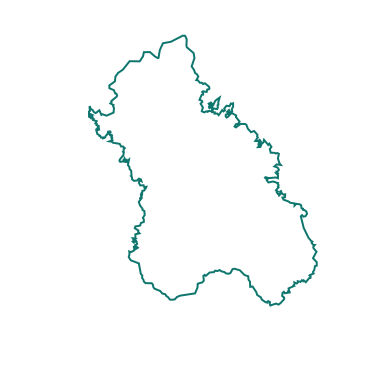 outline of Tarlisua, Bistrita-Nasaud, Romania, rotated 323°
{"feature_id": "2599482B42096102689749", "entity_name": "Tarlisua", "entity_type": "district", "adm_level": 2, "iso_a3": "ROU", "parent_name": "Romania", "parent_adm1": "Bistrita-Nasaud", "projection": "albers", "projection_center": [24.155, 47.418], "detail": "fine", "context": "isolated", "style": "outline", "palette": "teal", "viewbox_px": 384, "rotation_deg": 323, "n_neighbors": 0, "source": "geoboundaries", "source_scale": "gbopen_adm2", "svg_char_len": 6042}
<svg xmlns="http://www.w3.org/2000/svg" viewBox="0 0 384 384"><g transform="rotate(323 192 192)"><path d="M240.1,330.3L240.4,328.7L242.8,327.8L245.6,325.2L247.3,325.9L249.4,323.0L248.8,317.7L255.5,314.6L255.2,310.2L255.7,308.9L258.1,308.2L257.0,307.4L256.9,304.6L258.3,304.1L257.7,302.8L257.5,298.6L259.6,287.9L264.3,276.9L266.0,276.7L266.2,278.8L268.1,279.6L270.8,278.6L271.6,276.3L270.8,273.9L270.0,273.1L270.6,272.2L269.7,271.0L271.2,268.1L270.4,266.4L268.3,264.3L265.7,264.6L267.1,262.9L263.9,259.6L263.4,257.7L260.5,253.2L260.9,250.9L263.1,252.1L265.0,249.9L263.5,249.2L263.0,247.1L263.6,244.8L262.5,244.8L261.8,246.8L259.5,247.2L260.1,245.4L259.4,245.1L259.6,243.1L260.7,243.1L260.1,241.2L264.0,240.3L263.8,239.4L265.3,238.6L265.4,236.8L266.0,236.6L263.1,232.4L258.8,230.4L258.7,227.9L260.1,227.2L259.3,226.5L258.9,224.5L259.6,224.4L261.9,227.3L267.8,230.9L268.9,232.7L270.8,230.4L270.5,227.6L271.8,228.5L271.9,226.7L272.7,227.2L274.8,226.5L275.1,224.1L273.2,221.2L276.2,220.9L279.2,223.8L279.1,221.7L280.8,216.9L284.3,213.9L283.6,212.2L282.1,211.7L281.5,210.4L278.5,208.0L280.0,204.5L282.6,203.8L282.8,199.9L281.2,200.3L280.9,193.7L279.0,195.3L276.4,195.5L273.7,197.2L271.8,195.9L273.7,195.4L273.6,194.4L276.3,194.5L275.2,193.2L275.9,193.1L275.5,192.5L275.8,191.9L277.3,192.8L277.4,191.1L275.3,191.1L273.3,189.3L277.4,188.1L277.4,186.8L278.7,185.7L278.3,180.7L275.1,179.7L274.7,175.1L275.9,171.0L275.4,169.7L271.8,166.9L265.9,166.8L265.4,165.3L268.0,164.3L269.8,165.4L272.4,164.4L272.2,158.6L273.3,157.5L271.3,152.7L265.5,153.6L264.4,153.3L264.4,151.9L265.6,150.5L269.9,152.3L270.1,151.5L268.7,151.0L268.2,149.1L270.9,148.8L270.5,151.2L271.5,152.0L272.8,151.7L273.5,149.9L276.3,148.5L278.1,145.9L276.8,145.7L276.3,144.7L273.7,146.1L271.5,143.9L268.0,144.7L267.5,146.5L265.7,146.6L265.4,144.8L259.6,146.7L259.4,144.6L257.2,143.0L258.1,142.1L256.2,140.4L259.2,138.0L262.0,140.9L263.4,140.2L264.6,138.1L265.7,138.1L266.9,136.2L270.9,133.2L265.6,133.1L261.7,135.1L261.3,133.7L260.3,135.0L260.8,131.9L258.5,131.5L258.4,132.3L259.7,132.5L259.6,133.3L256.6,134.3L256.4,135.5L258.4,135.9L259.0,134.7L259.9,135.8L256.4,139.4L253.6,137.0L252.7,137.4L251.8,136.1L249.7,135.8L248.4,133.4L251.6,131.0L252.0,126.7L254.5,126.2L254.8,124.9L253.4,123.0L253.7,122.7L258.3,120.2L259.5,120.9L260.7,119.2L260.4,118.3L261.4,118.2L263.9,120.9L265.9,119.3L267.4,120.2L268.2,119.8L269.0,118.3L267.7,112.9L265.8,112.5L265.7,110.8L264.0,109.4L263.9,106.2L262.8,105.3L266.6,103.5L266.8,100.7L266.1,98.9L267.1,95.6L267.3,91.5L274.6,86.5L276.9,81.9L275.0,73.5L275.5,71.9L279.6,67.0L280.5,63.1L278.7,61.6L265.5,59.3L258.3,55.7L251.7,59.3L246.0,64.7L245.3,64.5L244.1,61.9L242.6,54.9L237.7,51.4L234.6,54.1L228.9,56.2L220.9,50.0L210.4,52.7L204.6,52.4L200.3,53.8L196.9,57.3L190.1,57.1L188.5,59.5L190.9,63.6L190.0,67.2L190.8,68.0L190.3,69.8L189.2,70.5L182.3,70.8L181.8,71.9L180.1,72.1L181.7,75.3L180.7,75.7L180.3,77.9L177.1,81.4L169.7,79.6L167.3,76.0L166.0,75.9L167.2,71.0L162.6,71.0L161.8,69.5L161.9,66.6L161.1,64.4L161.8,62.7L161.2,62.5L159.4,65.8L158.2,65.7L155.7,69.1L157.9,68.8L158.5,70.0L157.3,69.4L155.4,70.0L155.8,72.6L156.3,72.7L156.3,71.6L157.9,71.7L156.8,74.1L157.3,74.6L156.4,75.1L158.5,78.1L156.1,79.1L156.9,80.2L155.4,81.7L156.4,81.3L157.2,83.3L155.9,83.6L156.2,84.5L155.3,86.3L153.4,85.4L154.4,85.0L154.3,84.4L153.1,84.4L151.3,88.8L152.0,90.2L151.8,91.5L152.5,91.9L152.1,93.8L153.3,94.6L152.8,96.3L153.6,95.2L155.1,96.4L153.9,94.9L155.5,96.1L157.3,95.1L161.2,95.0L161.8,94.6L160.3,94.1L161.4,93.3L163.1,94.4L163.0,95.2L161.4,95.3L160.8,97.2L162.2,97.9L162.1,98.8L160.8,99.2L160.3,100.3L161.1,100.2L161.0,100.7L160.0,101.2L159.7,102.8L156.6,101.9L158.2,103.6L158.6,105.2L163.2,110.0L162.8,113.1L164.2,114.0L164.7,116.5L163.3,116.5L161.9,118.4L161.1,118.4L161.2,119.6L159.3,121.2L154.0,122.6L152.9,123.3L152.8,124.7L155.3,126.1L158.2,129.2L158.3,127.8L155.7,126.2L156.5,125.4L156.9,126.7L158.3,124.9L158.1,126.2L159.1,126.8L158.6,128.4L161.1,128.2L157.0,132.0L157.1,134.1L156.0,136.2L156.2,138.5L153.5,142.6L152.9,142.5L152.9,144.1L151.8,145.8L152.4,148.2L155.1,149.8L157.7,149.4L158.8,151.2L158.1,153.0L157.2,151.0L155.1,152.7L154.6,155.6L157.4,157.5L156.8,159.4L158.7,160.4L157.4,161.2L156.6,160.5L155.6,161.8L154.5,162.0L153.1,161.2L150.8,163.7L150.7,162.7L149.5,163.4L148.8,165.3L146.7,165.7L146.5,166.4L147.3,166.8L143.5,167.9L142.4,171.6L142.4,175.5L141.7,176.7L142.5,178.5L140.4,181.9L137.2,183.1L137.0,184.9L135.5,186.9L132.5,186.0L130.4,187.6L126.0,185.4L124.5,186.5L126.0,190.5L124.9,191.5L125.2,193.4L121.3,191.7L118.9,195.0L116.8,193.3L116.8,194.1L118.2,195.2L117.0,195.2L117.9,196.8L117.4,197.0L117.1,196.0L114.8,195.9L115.1,197.3L116.5,196.2L117.0,196.9L116.6,197.5L117.8,198.3L116.9,200.5L114.6,200.3L114.4,201.9L113.4,200.3L113.5,201.5L112.6,200.8L112.2,201.3L112.7,202.3L114.9,202.5L115.2,203.9L111.8,203.6L111.7,202.6L110.4,203.8L107.2,203.3L106.1,201.7L104.8,203.9L102.3,205.9L102.0,209.7L106.6,217.0L101.9,226.5L102.0,228.8L100.4,230.7L100.4,232.7L99.7,234.6L100.0,236.8L104.9,240.6L105.0,242.5L103.9,244.7L103.8,246.5L107.0,251.9L107.2,255.3L109.1,257.5L108.9,259.5L109.6,261.7L109.6,264.6L111.6,266.3L113.7,267.4L116.7,266.8L120.1,267.6L133.4,274.8L138.8,271.7L141.4,268.7L145.9,270.4L148.1,269.9L150.6,265.8L152.2,265.8L152.6,267.3L157.6,266.9L161.3,269.2L163.0,268.7L164.9,270.5L167.1,271.0L167.8,273.1L169.7,275.5L170.1,277.4L172.3,279.5L174.1,279.8L177.9,278.0L179.7,278.8L183.1,283.3L184.0,290.0L186.2,293.1L184.4,296.0L184.3,298.5L181.4,302.8L183.5,303.9L183.1,310.6L182.1,313.5L183.6,317.6L183.0,319.8L184.3,324.0L185.6,325.7L186.4,324.9L187.4,325.2L188.0,327.0L186.9,327.8L186.3,329.8L191.8,331.6L193.4,334.0L196.0,334.0L201.1,333.0L202.1,331.7L201.4,329.3L203.5,327.1L205.3,327.0L205.2,328.7L209.6,331.0L210.0,330.1L209.3,329.0L210.3,328.8L211.1,327.1L217.0,328.5L216.8,327.7L218.9,327.0L219.4,325.9L220.6,328.1L222.2,327.9L222.8,326.9L224.6,329.1L226.7,328.6L227.0,330.1L228.0,329.8L228.6,332.5L233.8,331.3L234.9,331.9L235.9,330.8L235.5,329.4L235.9,329.2L240.1,330.3Z" fill="none" stroke="#0f766e" stroke-width="2"/></g></svg>